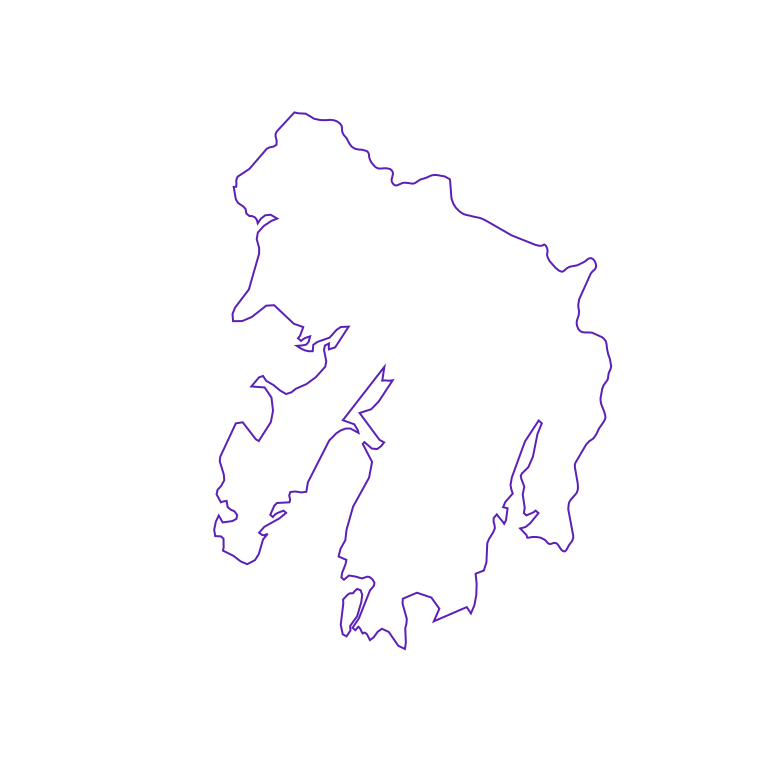 the County of Kerry, rotated 311°
{"feature_id": "IRL-725", "entity_name": "Kerry", "entity_type": "County", "adm_level": 1, "iso_a3": "IRL", "parent_name": "Ireland", "parent_adm1": "", "projection": "orthographic", "projection_center": [-9.777, 52.132], "detail": "fine", "context": "isolated", "style": "outline", "palette": "violet", "viewbox_px": 768, "rotation_deg": 311, "n_neighbors": 0, "source": "natural_earth", "source_scale": "10m", "svg_char_len": 5903}
<svg xmlns="http://www.w3.org/2000/svg" viewBox="0 0 768 768"><g transform="rotate(311 384 384)"><path d="M362.0,592.9L363.5,590.7L364.3,581.5L368.8,584.6L374.8,585.7L387.9,585.3L387.9,581.5L385.2,581.0L378.3,577.7L378.3,574.3L383.0,571.3L391.7,561.1L398.5,557.3L402.5,549.9L404.3,547.5L406.9,546.8L415.9,547.5L427.0,544.0L447.0,532.6L457.9,528.9L457.9,524.7L433.1,528.1L397.3,541.8L390.7,545.8L387.9,549.4L385.8,553.0L374.5,553.0L369.2,554.7L371.3,558.8L361.1,565.5L357.3,566.4L358.0,563.8L359.0,557.5L359.6,554.7L354.8,554.7L352.0,557.0L350.0,560.0L347.9,562.3L343.8,563.7L335.6,565.0L331.6,566.4L316.6,578.3L308.7,581.7L300.9,577.6L294.0,585.0L285.4,592.0L276.3,597.4L267.9,600.1L269.9,592.8L237.6,577.3L250.7,573.2L253.9,559.9L248.1,545.8L234.3,539.1L230.4,542.1L221.7,555.3L217.8,558.2L213.6,560.3L202.9,570.4L197.7,573.6L195.8,566.5L200.0,550.3L197.9,543.0L192.9,541.8L186.0,542.4L181.5,541.4L184.0,535.3L183.8,532.7L183.0,531.9L182.1,531.8L181.7,531.5L182.4,529.5L183.1,528.1L183.7,526.6L184.1,524.0L182.9,523.8L180.5,524.0L179.4,523.9L179.4,520.2L190.7,518.8L219.1,508.8L225.1,508.8L227.8,507.1L229.0,503.4L228.8,499.6L227.6,497.8L222.8,494.9L219.9,488.7L216.5,483.2L210.0,482.2L210.0,478.8L214.0,476.3L222.5,473.3L226.6,471.0L224.0,462.9L231.1,459.3L240.7,457.3L249.5,451.3L271.2,441.1L303.5,434.2L317.4,426.1L324.8,407.3L327.3,407.3L327.3,417.2L330.4,421.5L335.2,422.6L340.0,422.4L338.9,417.3L346.1,384.6L356.6,390.9L367.3,391.5L392.5,388.1L390.1,386.0L387.2,382.2L385.4,380.5L397.2,373.0L329.7,376.7L334.1,388.0L332.0,394.4L330.4,396.8L328.4,387.9L325.1,384.2L320.6,381.8L315.8,380.4L305.5,379.7L259.8,391.1L251.7,396.1L248.0,392.8L244.6,387.5L241.1,384.2L237.6,385.6L235.3,388.9L232.7,390.3L224.1,381.4L220.3,381.0L210.7,384.0L210.7,387.4L214.1,387.4L216.9,388.3L222.5,391.3L222.5,394.7L213.9,393.2L197.8,387.4L189.8,387.3L190.1,391.0L191.1,392.7L194.6,394.5L187.3,394.7L173.7,401.0L166.5,402.2L158.3,399.0L156.1,392.3L155.5,382.9L152.6,371.8L155.6,370.1L162.0,364.3L162.0,360.9L158.5,356.4L162.5,351.5L169.8,347.4L176.3,345.6L173.7,353.1L181.1,359.5L185.4,361.1L188.8,359.1L189.8,354.6L188.6,350.8L188.5,346.8L192.5,341.9L189.1,339.2L187.7,338.5L190.9,330.0L194.9,327.8L200.0,328.0L206.5,326.6L210.5,322.6L218.0,310.6L221.8,308.1L257.1,298.0L262.4,302.5L258.2,323.5L258.8,326.9L281.0,323.6L291.0,317.8L300.0,307.9L303.1,296.2L295.1,285.5L306.9,285.3L310.7,287.4L309.1,293.1L310.7,301.2L310.9,309.8L312.2,316.7L317.1,319.6L322.6,320.6L333.0,325.5L344.5,328.1L358.5,328.3L363.3,325.5L370.4,316.3L374.3,314.2L378.5,315.9L376.1,317.7L374.0,319.7L379.6,323.1L404.1,319.7L398.8,314.1L394.0,312.7L383.3,312.5L372.2,306.2L367.2,304.9L362.0,308.7L359.5,305.9L357.6,302.5L356.3,298.3L355.6,293.2L359.7,297.2L362.8,299.5L366.3,299.5L371.5,297.0L367.2,294.4L364.9,293.6L362.1,293.2L362.1,289.1L365.4,289.0L374.0,285.7L370.3,276.4L371.4,249.4L365.8,243.7L348.0,240.3L338.5,235.7L332.4,228.9L337.5,223.7L343.9,221.5L366.7,220.0L400.3,204.3L404.8,200.5L409.8,192.9L415.6,189.4L424.4,189.6L433.2,192.0L438.8,194.9L437.4,187.4L433.4,183.7L428.1,182.6L422.4,183.3L424.4,180.5L425.1,177.6L424.4,174.7L422.4,171.9L422.4,168.2L425.2,164.8L425.7,161.6L424.9,154.9L426.2,151.0L434.1,141.3L435.9,143.0L438.1,141.5L440.7,138.9L444.3,137.5L458.1,141.3L484.8,141.2L487.5,142.4L490.6,144.8L494.0,145.9L497.4,143.2L499.8,139.6L502.0,137.9L504.7,137.4L530.2,138.2L532.0,141.6L536.6,147.5L537.6,152.7L538.3,157.2L541.4,162.7L544.3,166.3L548.3,170.4L550.2,173.2L551.4,176.3L551.7,180.1L551.1,182.5L549.9,184.2L548.5,185.3L547.2,186.7L546.3,188.2L545.6,189.9L545.0,194.1L544.2,196.6L543.1,199.0L542.0,203.4L542.2,206.2L542.8,208.4L544.6,211.4L545.9,213.1L547.1,215.2L548.5,218.2L548.4,220.3L547.5,221.9L546.2,223.2L545.1,224.5L543.9,226.7L542.9,229.2L542.2,233.7L542.2,235.8L542.9,238.2L543.6,239.3L547.5,243.2L548.8,244.9L550.3,247.8L550.2,250.1L549.5,251.9L548.2,253.1L543.1,255.7L541.7,257.3L540.9,260.3L541.3,262.2L542.4,263.5L547.9,266.1L549.3,267.3L551.5,270.3L553.4,273.3L554.4,274.6L556.0,275.6L562.0,277.2L566.8,280.3L572.0,282.7L573.5,283.7L575.3,285.4L576.4,286.8L580.5,293.7L581.7,299.2L580.9,300.4L568.2,313.3L565.6,318.0L564.2,322.4L563.8,327.7L564.1,330.7L564.6,333.1L566.4,336.7L567.5,338.6L568.9,341.5L571.9,346.8L572.7,348.6L573.9,352.4L579.9,382.8L588.3,406.9L590.1,410.4L590.7,411.2L591.7,412.1L592.8,412.9L594.3,413.3L594.6,414.2L594.5,415.6L593.6,417.8L593.0,418.7L591.5,420.4L588.5,422.2L586.8,424.7L585.4,428.4L584.2,437.4L584.4,441.8L585.4,444.6L587.0,445.5L591.3,446.1L593.1,446.7L594.7,447.5L600.4,452.0L607.7,455.1L612.4,456.0L613.5,456.5L614.8,457.6L615.4,459.5L615.2,461.6L614.4,463.8L612.8,466.1L611.2,467.4L609.1,467.9L605.1,467.5L603.0,467.6L576.0,475.7L571.2,478.7L570.0,479.7L566.6,483.8L563.4,485.9L558.2,488.1L556.4,489.4L554.8,491.2L553.1,494.2L552.7,496.6L552.9,498.7L553.6,500.2L554.7,501.8L558.3,506.0L559.3,507.6L562.4,517.8L562.4,520.6L561.9,523.0L560.4,525.4L556.5,529.7L553.5,533.8L551.1,538.0L546.5,543.8L544.3,545.0L540.1,546.3L538.5,547.1L535.4,549.2L533.5,550.0L526.9,550.6L523.3,552.0L515.4,556.7L513.3,558.6L511.1,561.5L507.8,567.9L505.8,571.1L503.9,573.2L502.3,573.9L500.3,574.5L491.4,575.5L485.0,577.3L481.4,577.7L479.3,577.5L475.3,576.4L470.8,576.3L450.0,580.2L448.3,581.0L446.4,582.7L435.9,595.6L433.2,598.2L431.5,599.5L429.7,600.3L427.7,600.9L418.5,600.9L416.5,601.3L414.8,602.1L411.7,604.2L410.3,605.3L393.5,626.5L392.1,627.6L390.4,628.5L388.4,629.0L383.9,629.3L378.1,630.6L376.3,630.3L375.4,628.9L375.2,626.9L375.6,625.0L376.7,621.3L377.0,619.3L376.5,617.7L375.4,616.4L372.2,614.5L371.5,612.9L371.5,611.1L371.9,609.1L371.8,607.0L370.8,603.2L369.0,600.1L367.8,598.5L365.6,596.1L363.4,594.4L362.0,592.9ZM207.9,497.7L211.7,498.1L213.0,501.7L210.6,505.9L204.4,510.0L191.1,516.1L179.2,517.2L175.9,520.4L169.0,521.3L168.0,517.1L173.9,509.3L191.5,497.4L194.6,494.5L201.0,494.8L203.4,495.4L206.0,498.0L207.9,497.7Z" fill="none" stroke="#5b21b6" stroke-width="2"/></g></svg>